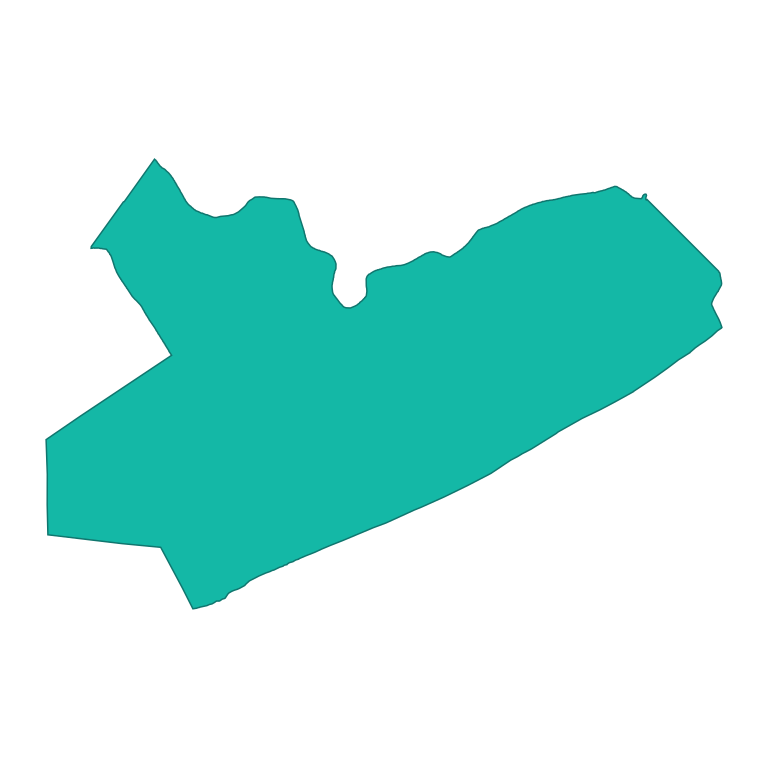 the district of Zavala, Inhambane, Mozambique
{"feature_id": "85939544B42929876675904", "entity_name": "Zavala", "entity_type": "district", "adm_level": 2, "iso_a3": "MOZ", "parent_name": "Mozambique", "parent_adm1": "Inhambane", "projection": "equal_earth", "projection_center": [34.683, -24.662], "detail": "fine", "context": "isolated", "style": "filled", "palette": "teal", "viewbox_px": 768, "rotation_deg": 0, "n_neighbors": 0, "source": "geoboundaries", "source_scale": "gbopen_adm2", "svg_char_len": 6097}
<svg xmlns="http://www.w3.org/2000/svg" viewBox="0 0 768 768"><path d="M154.5,159.2L124.3,201.6L123.4,201.9L91.3,246.5L91.1,248.3L92.4,248.2L93.1,247.9L94.5,248.1L98.6,248.0L100.6,248.5L102.0,248.5L102.7,248.8L106.2,249.2L106.9,249.8L108.4,252.0L108.9,252.3L109.7,253.8L109.9,254.5L110.5,254.9L111.3,256.6L112.8,261.0L114.9,267.9L115.7,269.5L116.6,272.0L118.8,276.0L119.4,276.8L119.7,277.7L120.5,278.3L120.8,279.3L121.4,279.8L121.7,280.7L122.7,281.9L125.8,286.6L126.3,287.0L126.6,288.0L127.2,288.6L132.2,296.3L134.8,299.2L136.3,300.5L140.3,304.8L141.8,306.9L143.2,309.6L143.8,310.4L144.7,312.4L145.8,313.9L146.0,314.7L146.7,315.5L148.9,319.1L149.2,319.9L149.8,320.6L154.5,327.4L155.8,329.5L156.2,330.5L157.2,331.7L158.2,333.8L159.0,334.7L161.3,338.6L162.4,340.0L162.6,340.7L163.4,342.0L163.9,342.4L164.4,343.7L165.0,344.1L165.2,344.9L168.8,350.6L169.0,351.4L170.0,352.8L171.6,355.3L80.1,416.3L46.1,439.6L47.3,474.3L47.2,504.9L47.9,534.8L121.9,543.6L160.7,547.3L182.6,588.4L192.9,608.8L196.7,608.2L198.2,607.6L198.9,607.6L199.7,607.2L207.0,605.6L209.4,604.5L212.0,603.9L214.6,602.4L216.4,601.1L219.6,601.0L222.5,599.0L224.0,598.7L225.2,598.1L227.8,594.1L229.0,592.9L231.8,591.3L234.4,590.2L237.3,589.3L239.6,588.3L244.7,585.5L246.1,583.9L249.4,580.9L258.7,576.1L265.5,573.1L270.1,571.5L272.1,570.5L274.0,570.0L279.4,567.3L283.0,566.2L284.2,565.2L287.0,564.6L287.3,564.0L289.3,562.7L292.9,561.7L295.7,560.0L298.8,559.1L299.0,558.7L305.8,555.8L315.2,552.1L321.6,549.1L330.4,545.4L342.8,540.5L373.0,527.8L386.1,522.9L414.1,510.1L421.7,507.0L444.4,496.8L468.2,485.2L490.9,473.4L510.6,460.2L518.2,456.2L521.3,454.3L521.3,454.2L531.3,449.0L556.0,433.6L558.3,431.8L582.1,418.4L600.4,409.6L617.5,400.5L633.5,391.6L633.5,391.4L654.7,377.3L668.1,367.7L678.5,359.8L690.0,352.6L690.0,352.4L695.4,347.7L699.6,344.7L705.1,341.1L712.0,335.8L717.5,330.7L721.3,328.2L721.2,328.0L721.9,327.4L720.0,322.0L719.5,321.2L719.3,320.2L718.8,319.6L718.6,318.9L716.8,315.5L714.9,311.8L714.7,311.1L714.2,310.5L712.6,306.7L712.1,305.9L711.6,304.3L711.8,302.7L713.4,298.8L714.6,296.5L715.1,295.9L717.4,292.0L718.1,291.5L718.4,290.6L721.4,285.0L721.6,283.3L721.2,280.4L720.8,278.9L720.6,277.4L720.3,276.4L720.0,273.9L719.5,272.5L718.9,272.1L718.6,271.2L647.1,199.6L646.8,200.0L646.1,199.8L645.8,199.2L645.8,198.4L645.9,197.4L646.5,195.4L646.1,194.3L645.1,194.1L643.8,194.7L642.8,195.9L642.3,197.6L641.1,198.7L634.7,198.2L631.5,196.8L631.2,196.2L630.6,195.9L629.6,195.1L628.3,193.7L627.7,193.5L626.1,192.0L624.9,191.4L623.1,190.1L621.7,189.5L621.1,189.0L618.3,187.6L616.8,186.6L614.7,186.4L611.9,187.5L611.3,187.5L610.2,188.1L608.3,188.6L604.7,190.1L604.0,190.1L601.9,190.8L600.1,191.1L599.6,191.4L598.9,191.4L597.6,191.9L596.4,192.2L595.1,192.8L593.8,192.7L593.1,192.4L590.1,193.1L587.3,193.3L586.7,193.6L580.5,194.2L572.0,195.4L569.5,196.2L568.4,196.2L567.8,196.5L566.0,196.7L565.4,197.0L563.4,197.3L560.0,198.4L558.0,198.7L557.4,199.1L556.7,199.1L554.8,199.6L553.4,199.7L552.7,200.0L549.2,200.3L548.6,200.6L547.1,200.6L543.6,201.5L542.5,201.5L541.2,202.2L538.0,202.8L534.0,204.2L533.1,204.2L531.1,205.2L530.4,205.2L525.9,207.2L525.4,207.2L521.1,209.3L520.3,209.9L517.6,211.3L517.0,211.9L513.6,213.9L512.9,214.2L510.7,215.6L508.3,216.7L507.7,217.3L504.6,218.9L502.9,220.1L499.5,221.8L497.2,223.3L493.4,224.9L491.4,225.6L488.5,227.0L487.8,227.0L486.0,227.6L485.2,227.6L483.4,228.3L482.7,228.3L480.2,229.5L478.6,230.0L477.9,230.6L476.0,232.9L473.4,236.4L472.8,237.0L472.5,237.9L471.8,238.4L471.5,239.1L471.0,239.5L470.7,240.2L470.1,240.6L469.6,241.5L469.2,241.8L468.9,242.5L467.5,243.8L465.2,246.2L463.6,247.4L463.3,248.0L462.2,248.7L461.6,249.3L459.3,250.8L458.7,251.4L457.5,252.0L456.9,252.7L455.1,253.6L451.0,256.5L449.6,257.1L446.4,256.6L441.8,254.9L441.2,254.3L440.2,253.7L436.9,252.4L436.0,252.4L433.8,251.8L430.4,252.0L429.9,252.2L429.2,252.3L427.2,253.1L426.7,253.1L424.6,254.0L424.0,254.6L422.2,255.4L421.0,256.3L418.4,257.5L416.8,258.7L414.3,259.9L413.5,260.6L408.4,263.1L404.3,264.7L400.7,265.5L396.5,265.7L394.4,266.2L392.8,266.2L390.2,266.8L387.1,267.1L386.4,267.4L385.7,267.5L385.1,267.8L384.4,267.8L382.6,268.3L380.5,269.2L379.9,269.2L378.4,269.8L377.6,269.8L376.5,270.4L376.0,270.4L373.6,271.5L370.7,273.3L370.2,273.8L368.8,274.3L367.1,276.3L366.4,278.2L366.2,279.0L366.3,285.9L366.5,287.5L366.7,288.3L366.9,291.2L366.3,295.8L365.4,297.2L364.8,297.5L364.6,298.2L363.9,298.7L361.9,300.9L359.7,302.5L359.5,303.2L358.3,303.9L356.9,305.1L355.0,306.1L350.4,308.0L346.0,307.8L344.0,307.1L342.3,305.6L342.1,305.1L340.1,303.2L336.3,298.1L335.9,297.8L335.5,297.0L334.9,296.6L334.5,295.6L334.0,295.3L333.1,293.7L332.6,292.1L332.1,288.1L332.0,285.6L332.4,283.6L332.4,282.8L333.2,279.6L333.2,278.8L333.7,277.1L333.7,276.2L334.0,274.0L334.6,272.6L334.5,271.8L335.7,269.3L335.9,268.5L336.0,264.0L335.3,261.8L334.2,259.4L332.1,256.2L331.4,255.7L330.3,255.2L329.8,254.6L328.5,253.8L324.2,251.9L323.6,251.9L322.4,251.4L321.8,251.5L319.2,250.3L318.7,250.4L315.1,249.1L314.4,248.5L313.0,248.0L312.3,247.4L311.5,247.1L310.4,246.1L308.0,243.1L306.5,240.7L305.9,238.6L305.2,236.5L305.2,235.8L304.3,232.9L304.1,231.4L299.5,216.8L299.0,215.1L299.0,214.3L297.8,210.1L297.1,208.5L296.7,207.8L296.1,206.3L294.6,203.5L294.0,202.0L293.5,201.7L293.0,200.9L290.7,199.9L285.0,198.8L277.6,198.7L271.0,198.3L266.5,197.3L265.3,197.3L264.8,197.0L259.5,196.9L255.4,197.1L254.7,197.3L252.3,199.1L249.6,200.6L247.9,202.2L245.6,205.6L243.7,207.4L238.5,211.9L234.6,214.0L233.2,214.6L231.1,214.9L228.2,215.7L220.6,216.4L216.6,217.5L214.4,217.5L213.9,217.3L213.3,217.3L206.9,214.7L206.1,214.8L202.1,213.1L201.4,213.2L198.5,211.7L195.8,210.7L195.3,210.1L194.1,209.5L192.9,208.3L191.9,207.6L190.7,206.3L189.5,205.5L187.9,203.9L185.5,200.7L184.9,199.2L184.4,198.9L183.7,197.3L181.4,193.1L180.8,192.4L179.7,189.9L176.7,185.2L176.5,184.3L175.9,183.8L175.6,182.9L175.1,182.5L174.5,181.0L173.5,179.8L173.3,179.1L172.3,177.6L171.3,176.5L171.1,175.9L168.6,172.9L166.6,171.2L165.1,169.6L163.8,168.7L162.0,167.9L161.5,167.2L160.3,166.3L157.2,162.3L156.8,161.4L156.3,161.1L155.8,160.2L155.0,159.7L154.5,159.2Z" fill="#14b8a6" stroke="#0f766e" stroke-width="1.5"/></svg>